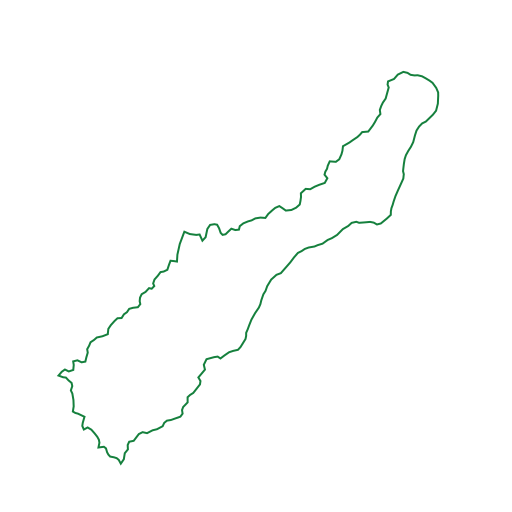 Reginópolis, São Paulo, Brazil (Equal Earth projection), rotated 44°
{"feature_id": "56859067B40817295644111", "entity_name": "Reginópolis", "entity_type": "district", "adm_level": 2, "iso_a3": "BRA", "parent_name": "Brazil", "parent_adm1": "São Paulo", "projection": "equal_earth", "projection_center": [-49.183, -21.855], "detail": "fine", "context": "isolated", "style": "outline", "palette": "green", "viewbox_px": 512, "rotation_deg": 44, "n_neighbors": 0, "source": "geoboundaries", "source_scale": "gbopen_adm2", "svg_char_len": 3379}
<svg xmlns="http://www.w3.org/2000/svg" viewBox="0 0 512 512"><g transform="rotate(44 256 256)"><path d="M298.2,484.1L295.0,481.1L293.8,477.7L296.4,473.9L295.4,465.5L296.8,461.5L300.7,459.1L302.7,453.2L305.1,449.4L307.1,443.3L305.9,439.8L306.3,436.3L308.7,433.1L313.2,424.1L312.7,420.4L309.8,418.2L308.5,415.2L308.5,408.8L304.9,405.1L305.1,401.7L306.0,398.1L304.9,387.3L302.9,384.5L298.9,383.4L298.2,373.2L294.0,370.5L292.1,364.6L296.1,357.9L298.3,355.0L301.6,354.4L302.4,349.4L303.5,343.9L305.5,340.1L308.2,336.0L308.1,332.2L306.1,323.0L304.4,320.3L302.3,318.1L301.0,314.6L299.1,310.3L296.9,304.9L295.0,297.6L293.9,291.1L292.6,287.6L290.6,284.2L287.9,278.4L287.1,274.5L285.0,269.9L283.3,262.4L283.8,255.3L285.8,251.1L285.1,236.9L284.3,230.5L284.0,224.7L285.4,220.8L286.2,217.0L288.0,213.3L291.5,208.5L292.8,205.4L295.3,200.9L296.4,194.7L298.2,190.4L299.7,184.5L299.8,176.3L301.5,170.3L301.8,165.7L304.4,161.7L307.1,160.5L311.2,155.9L314.4,152.2L317.5,150.2L321.1,149.3L323.2,145.9L324.1,138.2L324.4,132.8L322.0,130.2L320.2,127.5L318.8,124.3L317.2,121.3L314.7,116.0L312.4,109.8L311.2,106.4L308.2,98.0L305.5,94.5L302.8,92.8L300.8,90.2L298.3,86.9L295.6,83.0L293.8,79.3L292.5,74.5L291.6,69.9L290.0,64.9L286.5,58.7L284.3,54.2L283.4,49.6L283.4,45.2L284.8,41.3L285.1,31.5L284.6,26.4L281.0,20.1L275.8,14.2L273.4,11.8L268.9,9.9L262.7,8.8L259.0,9.3L254.6,10.3L250.6,11.4L246.7,13.7L244.6,16.0L241.3,18.3L237.8,19.0L234.1,21.2L232.0,27.0L232.3,32.8L229.7,38.7L231.6,41.3L234.4,42.6L236.2,45.9L239.9,52.7L240.7,57.5L241.8,60.9L243.6,64.9L246.9,67.5L247.1,72.1L248.5,77.0L249.4,81.0L250.3,88.5L246.3,93.1L246.5,96.5L246.3,100.0L245.1,105.6L244.4,109.4L242.3,116.6L245.1,120.3L246.9,123.6L248.7,128.6L248.0,132.8L243.3,136.7L244.9,141.2L246.5,143.9L247.3,147.2L248.8,149.9L253.3,150.5L254.7,155.7L252.1,160.7L250.1,165.3L248.6,170.3L245.1,173.2L244.7,179.7L247.4,182.3L249.8,185.6L251.7,188.6L251.3,193.4L249.5,198.3L245.9,202.6L241.8,203.2L238.1,203.9L236.4,208.0L236.0,211.6L235.6,217.2L236.3,222.1L232.5,225.3L229.4,229.4L228.1,233.4L226.2,236.7L224.2,241.3L223.6,245.8L225.4,248.9L223.1,251.7L219.3,253.5L219.1,257.7L219.0,261.5L217.3,264.0L214.5,263.9L210.2,261.7L206.3,260.5L204.0,262.0L201.4,265.5L202.2,270.3L204.5,274.0L206.7,277.5L206.8,282.2L200.5,279.7L198.4,282.3L195.7,284.3L193.1,286.2L187.6,288.3L192.8,300.3L198.5,309.6L203.0,314.9L200.6,316.6L197.8,318.8L199.4,322.5L201.8,327.5L200.4,331.3L198.5,333.9L199.1,338.4L199.3,343.4L201.1,347.2L203.7,348.3L203.7,352.0L201.4,353.4L201.5,358.6L200.3,362.9L201.5,366.5L203.7,369.3L206.2,371.0L206.6,374.9L203.5,378.7L201.5,382.1L202.2,386.1L201.5,389.7L202.4,394.0L199.6,397.0L199.4,400.9L199.6,406.6L200.4,411.0L203.7,415.2L201.3,420.4L198.1,425.2L197.8,428.9L196.9,433.0L198.3,436.5L199.3,440.3L202.1,442.4L204.4,446.8L206.6,450.5L204.4,453.6L200.0,455.1L197.7,458.8L200.6,461.0L203.7,464.9L201.5,469.1L197.4,470.4L196.7,474.2L197.0,479.2L201.5,477.2L203.7,475.5L207.6,475.7L211.5,475.4L214.2,477.2L216.2,481.3L219.4,482.5L224.7,486.4L229.3,490.8L232.3,495.1L235.1,494.4L237.4,493.1L240.4,492.1L244.3,490.8L247.3,496.4L249.1,498.9L252.7,500.4L254.0,496.3L258.2,495.3L263.1,495.7L267.4,496.3L270.6,497.3L273.1,499.1L275.7,503.2L279.1,498.9L281.7,498.6L285.2,500.6L287.7,501.4L290.4,501.6L293.6,499.5L296.2,498.2L298.9,498.0L303.0,499.3L302.1,494.0L298.6,489.0L298.2,484.1Z" fill="none" stroke="#15803d" stroke-width="2"/></g></svg>